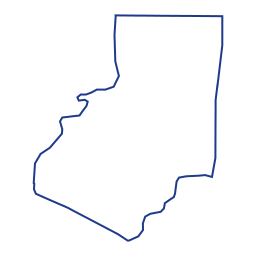 the district of Kutum, North Darfur, Sudan
{"feature_id": "16777658B71410798895125", "entity_name": "Kutum", "entity_type": "district", "adm_level": 2, "iso_a3": "SDN", "parent_name": "Sudan", "parent_adm1": "North Darfur", "projection": "robinson", "projection_center": [24.615, 14.495], "detail": "fine", "context": "isolated", "style": "outline", "palette": "blue", "viewbox_px": 256, "rotation_deg": 0, "n_neighbors": 0, "source": "geoboundaries", "source_scale": "gbopen_adm2", "svg_char_len": 883}
<svg xmlns="http://www.w3.org/2000/svg" viewBox="0 0 256 256"><path d="M212.0,176.9L215.4,158.0L215.5,127.9L215.6,108.9L215.6,100.3L217.4,85.4L217.5,85.5L222.3,45.3L222.3,16.8L222.3,16.2L196.8,16.0L164.1,15.8L143.3,15.6L138.1,15.6L115.6,15.4L115.7,15.8L114.5,35.0L115.3,61.4L118.9,76.0L113.7,86.7L105.4,89.6L96.8,89.6L91.5,92.5L86.1,94.5L80.8,94.5L77.4,97.3L78.8,100.6L84.7,99.8L87.7,101.6L86.5,105.9L82.3,111.5L79.5,115.5L69.9,116.6L62.3,117.5L60.0,121.4L62.3,129.3L61.9,133.7L49.8,147.8L40.6,153.9L35.0,163.4L33.7,183.2L34.3,183.6L34.0,189.4L35.9,193.8L49.9,200.0L67.9,207.8L72.1,210.1L118.0,234.2L127.7,240.6L128.9,240.6L138.4,236.3L143.0,230.0L142.9,223.3L145.2,216.6L150.3,213.8L160.7,211.8L163.9,208.5L164.9,203.1L171.0,198.9L173.8,197.1L175.0,193.7L176.6,181.5L179.0,177.6L186.2,176.3L198.5,175.7L205.1,175.1L212.0,176.9Z" fill="none" stroke="#1e3a8a" stroke-width="2"/></svg>